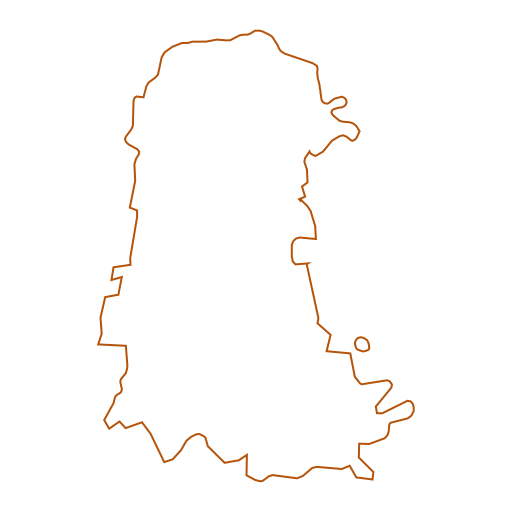 an SVG outline of Palencia
{"feature_id": "ESP-5839", "entity_name": "Palencia", "entity_type": "Autonomous Community", "adm_level": 1, "iso_a3": "ESP", "parent_name": "Spain", "parent_adm1": "", "projection": "natural_earth1", "projection_center": [-4.405, 42.407], "detail": "fine", "context": "isolated", "style": "outline", "palette": "amber", "viewbox_px": 512, "rotation_deg": 0, "n_neighbors": 0, "source": "natural_earth", "source_scale": "10m", "svg_char_len": 2849}
<svg xmlns="http://www.w3.org/2000/svg" viewBox="0 0 512 512"><path d="M359.6,131.3L356.8,137.4L354.8,139.8L352.5,140.8L351.0,140.3L346.6,136.7L343.0,135.3L339.3,136.3L332.0,140.7L322.9,151.7L315.5,156.0L311.8,154.3L309.9,152.8L309.5,151.5L305.0,158.3L304.4,161.8L307.0,169.8L307.5,182.4L302.0,186.5L305.1,196.7L299.1,199.2L300.5,200.8L301.1,200.0L306.9,205.6L310.5,210.7L315.2,226.1L315.9,239.0L299.6,237.5L295.9,238.6L293.3,241.1L291.8,244.8L291.8,256.4L292.8,261.5L295.5,264.4L307.9,263.4L306.7,264.2L318.4,318.1L317.5,323.3L330.6,334.9L326.6,351.2L350.3,353.4L354.8,376.8L360.1,383.4L361.6,384.3L387.0,380.3L389.8,381.4L391.9,384.4L391.4,387.6L375.8,406.6L377.0,413.2L382.2,413.3L407.4,400.8L410.6,401.4L412.7,403.8L413.8,407.4L413.6,411.4L411.4,415.6L407.7,418.4L390.5,422.8L389.3,424.5L388.7,431.3L387.8,434.3L386.4,436.6L384.4,438.4L369.1,444.0L359.2,443.7L358.8,457.5L373.4,472.0L372.5,479.5L356.3,477.4L349.7,465.8L341.7,469.0L317.1,466.9L312.3,467.9L302.9,475.9L297.0,478.3L272.6,475.1L268.8,476.3L262.8,480.8L260.4,481.3L255.3,480.0L246.5,475.3L246.9,454.9L238.8,460.3L224.6,462.8L207.8,446.2L205.6,438.1L204.1,436.4L200.1,434.3L198.2,434.0L195.8,434.5L190.9,437.0L186.4,440.8L181.0,450.2L172.7,459.3L164.2,462.1L150.6,433.8L142.0,422.3L125.6,428.1L119.5,421.5L109.2,428.7L104.2,420.1L113.6,403.0L114.9,397.6L115.7,396.0L117.4,394.5L119.5,393.4L121.2,391.9L121.9,389.2L120.3,381.9L120.8,379.3L125.7,373.3L126.8,369.8L127.4,366.2L125.9,345.8L98.2,344.4L101.7,333.7L100.5,317.7L105.2,297.1L118.4,294.7L121.8,277.0L111.5,280.0L113.5,267.3L130.5,264.8L130.2,258.1L137.1,217.0L137.1,210.4L129.8,207.6L135.2,180.8L134.4,164.2L136.0,158.9L138.9,154.1L139.2,151.7L137.4,149.3L128.4,144.3L126.1,142.0L125.0,139.4L125.7,136.9L131.4,129.2L132.9,125.6L133.5,101.6L133.9,99.3L134.9,97.5L136.7,96.5L143.5,97.3L146.4,86.3L148.5,82.6L155.4,77.5L158.0,74.5L161.7,57.2L164.8,52.1L172.7,46.6L182.0,43.0L187.9,43.0L192.3,41.7L206.3,41.6L216.8,39.6L226.7,40.4L230.3,40.2L239.7,35.3L243.3,34.7L247.4,34.7L250.0,33.7L255.1,30.7L259.8,30.7L263.1,31.7L269.9,35.1L272.3,36.9L277.8,45.5L278.8,48.1L279.1,48.6L280.7,51.0L284.6,53.6L312.9,63.3L316.9,65.9L317.5,68.3L317.4,70.8L317.2,73.2L317.8,78.2L319.1,83.1L319.6,85.6L319.8,88.1L320.4,90.5L320.5,93.2L321.0,95.5L321.2,97.7L321.4,99.0L322.0,100.9L323.5,102.6L325.6,103.5L327.6,103.6L328.9,103.0L332.4,100.1L335.0,98.5L341.8,96.7L344.3,97.8L346.1,99.7L346.6,102.3L345.8,104.6L344.1,106.3L341.8,107.4L339.2,107.6L334.2,109.0L332.2,110.2L331.4,112.2L332.1,114.2L334.0,116.2L339.5,120.7L342.6,121.7L350.0,122.3L352.8,123.3L355.3,125.1L356.8,126.7L359.6,131.3ZM360.7,337.2L364.1,338.1L367.1,340.2L368.6,343.3L369.3,348.1L368.7,349.5L367.6,350.3L363.2,351.5L358.0,349.8L356.8,348.9L355.9,347.5L355.0,344.1L355.1,342.3L355.7,340.6L356.7,339.1L357.8,338.0L360.7,337.2Z" fill="none" stroke="#b45309" stroke-width="2"/></svg>